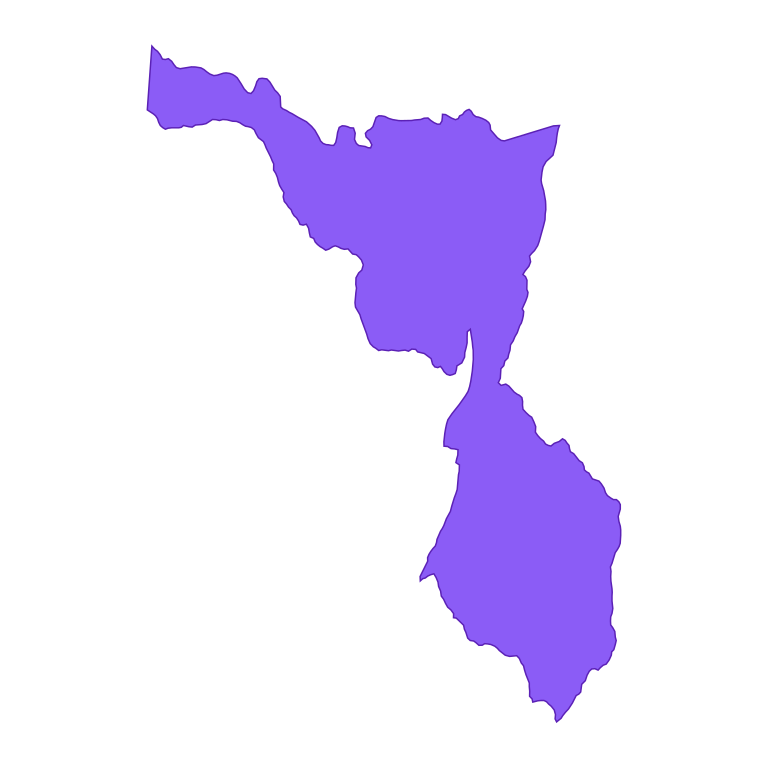 outline of Itacarambi, Minas Gerais, Brazil
{"feature_id": "56859067B37702825751960", "entity_name": "Itacarambi", "entity_type": "district", "adm_level": 2, "iso_a3": "BRA", "parent_name": "Brazil", "parent_adm1": "Minas Gerais", "projection": "equal_earth", "projection_center": [-44.154, -15.206], "detail": "fine", "context": "isolated", "style": "filled", "palette": "violet", "viewbox_px": 768, "rotation_deg": 0, "n_neighbors": 0, "source": "geoboundaries", "source_scale": "gbopen_adm2", "svg_char_len": 6093}
<svg xmlns="http://www.w3.org/2000/svg" viewBox="0 0 768 768"><path d="M147.3,109.9L153.5,114.0L155.6,115.8L157.5,118.6L158.7,122.3L160.3,125.5L162.7,127.6L165.4,129.2L168.1,128.2L171.6,127.8L178.8,127.8L181.3,127.3L183.5,125.5L188.7,126.7L192.2,127.1L195.5,125.0L202.1,124.5L206.1,123.6L212.5,119.5L216.1,119.7L219.4,120.5L222.8,119.5L227.0,119.8L232.5,121.2L236.5,121.4L239.8,122.7L242.6,124.6L245.5,126.2L248.0,126.6L251.3,127.5L254.3,129.8L256.0,133.5L258.4,137.7L263.5,141.6L264.9,144.6L266.2,148.0L270.5,156.6L272.1,160.6L273.7,163.9L273.6,170.0L275.7,173.3L277.4,177.4L278.5,182.0L279.7,185.6L281.7,189.1L283.9,192.5L283.2,196.9L284.3,201.5L286.5,204.0L288.6,207.2L291.1,209.7L292.4,213.0L294.1,215.7L296.5,217.8L298.6,221.0L300.0,224.4L303.1,225.1L306.4,224.2L308.6,228.3L309.4,233.0L310.3,236.9L313.7,238.4L315.2,242.0L317.4,244.4L320.1,246.6L322.7,248.1L325.7,250.2L328.9,249.1L332.7,246.7L335.2,245.8L338.3,246.9L341.0,248.4L344.3,249.3L348.0,248.9L352.6,254.0L356.3,254.7L358.6,256.8L361.4,260.0L363.3,264.9L361.8,270.1L358.7,272.9L356.0,277.8L355.8,284.4L356.5,288.1L355.9,292.6L355.0,302.7L355.5,307.1L359.9,314.7L361.1,318.8L366.7,334.0L368.0,338.6L370.2,343.6L373.3,346.8L375.7,348.2L378.7,350.5L381.7,349.8L388.5,350.7L391.4,350.0L398.5,351.0L401.5,350.5L405.1,350.1L408.5,351.2L411.8,349.1L415.7,349.4L417.6,351.9L424.3,353.5L431.1,358.6L432.6,364.1L434.8,366.9L437.8,367.6L440.4,366.4L442.2,368.6L444.0,371.6L446.8,374.3L449.9,375.3L452.6,374.6L455.2,373.5L456.3,370.0L456.9,365.9L461.8,362.9L464.6,357.1L464.8,352.6L466.2,347.3L467.1,342.9L467.1,337.5L467.3,331.7L470.3,329.2L472.3,342.0L472.7,346.6L473.2,350.2L473.3,359.7L472.3,371.2L470.8,381.1L469.6,386.7L468.1,391.4L465.3,396.0L459.2,404.6L452.0,413.7L447.9,419.7L446.6,423.9L445.6,428.6L444.8,433.4L443.9,441.7L444.0,446.2L447.7,446.5L451.0,448.6L454.5,448.9L458.0,449.7L457.8,455.1L456.7,458.9L455.9,462.6L459.4,464.9L459.2,471.4L458.5,474.6L457.2,489.5L455.9,493.6L454.3,497.8L451.8,506.0L450.4,511.4L446.4,518.7L443.8,525.6L442.3,528.5L440.5,531.3L437.0,539.4L436.5,542.6L435.3,546.0L433.0,548.5L430.8,551.4L429.0,554.3L427.6,557.6L427.7,561.2L420.1,576.5L420.3,580.9L422.7,578.7L425.3,578.0L427.7,576.1L430.5,574.8L433.9,573.8L436.1,577.5L438.0,582.1L438.6,586.5L440.6,591.1L441.3,596.1L443.6,599.2L445.6,603.5L447.7,607.2L450.9,609.9L453.6,613.6L453.5,617.7L456.3,618.1L463.6,625.2L464.4,629.2L465.9,632.4L467.7,638.1L470.2,640.5L473.7,641.0L475.9,642.6L478.9,645.3L482.3,645.2L484.6,643.7L487.5,643.9L490.9,644.5L494.8,646.2L497.4,648.3L499.3,650.5L505.2,655.2L509.6,656.4L516.7,655.7L519.3,658.4L521.3,663.0L523.5,665.7L524.6,670.2L526.0,674.7L529.3,683.0L529.3,686.7L529.7,691.1L529.6,696.3L532.1,699.0L532.8,702.1L537.8,700.8L541.0,700.5L544.0,700.5L546.6,701.8L548.7,704.1L551.2,706.2L554.2,709.9L555.5,714.6L555.1,718.9L556.6,721.9L561.1,718.3L562.7,715.7L565.5,712.2L568.5,709.0L572.4,703.0L576.2,695.5L578.8,694.1L580.7,692.0L581.7,684.3L585.3,680.7L587.1,675.2L589.3,671.2L591.7,669.0L594.9,668.7L598.1,670.1L600.4,667.6L603.2,665.2L606.2,664.1L609.2,659.9L611.3,655.2L611.7,651.8L613.8,649.7L615.3,644.5L616.2,640.5L615.3,637.1L614.8,631.4L612.8,627.8L610.7,624.9L610.5,620.9L610.7,616.8L612.0,613.4L612.8,608.5L612.0,601.0L612.0,595.9L612.2,592.3L612.0,588.8L610.9,581.0L610.7,576.4L611.0,571.4L610.4,566.9L612.0,563.3L615.2,552.7L617.4,549.5L619.1,546.5L620.2,543.3L620.7,535.4L620.7,529.9L620.3,526.2L618.9,521.4L618.2,516.4L620.3,509.1L620.3,504.6L618.8,501.7L616.4,499.6L613.4,499.6L610.7,498.0L607.4,495.6L605.5,492.7L604.0,488.1L601.4,484.0L599.0,481.1L592.4,478.9L588.9,473.1L586.5,471.8L584.4,469.9L584.0,466.5L582.4,462.8L579.1,460.6L573.7,453.7L570.4,451.7L569.5,448.6L569.0,445.4L567.0,443.1L565.2,440.4L562.5,438.8L559.2,441.5L554.3,443.3L551.0,446.0L548.2,445.4L545.5,444.0L543.6,441.1L540.4,438.5L537.7,435.5L535.4,432.2L535.7,426.6L533.8,421.7L531.7,417.2L529.1,415.5L526.0,412.6L523.0,409.3L522.5,405.2L522.6,401.5L521.9,397.6L519.5,395.4L517.1,394.2L514.2,392.1L508.9,386.1L505.8,384.1L501.1,385.4L498.3,382.7L500.3,378.3L500.9,368.7L503.8,365.6L504.8,361.1L507.9,358.0L508.7,354.2L510.0,350.2L510.5,344.9L513.2,340.9L514.9,336.7L517.2,332.8L519.7,325.7L521.3,323.1L522.4,319.7L523.3,315.7L523.7,311.5L522.2,308.8L525.7,301.0L527.4,296.3L528.0,292.4L526.8,289.4L527.0,280.2L525.5,276.7L522.9,274.5L524.9,271.2L528.9,266.2L530.6,261.8L529.5,256.0L531.9,253.2L534.5,250.6L537.7,245.6L539.2,241.4L543.5,225.9L545.0,219.8L545.2,214.1L545.8,209.7L545.7,204.5L545.5,200.9L543.7,190.7L541.6,183.5L541.1,180.0L542.0,172.1L543.1,166.8L546.1,161.5L553.0,155.2L556.2,142.5L556.7,137.4L557.4,132.8L558.3,128.7L559.5,125.5L553.4,125.9L504.4,140.9L501.1,140.4L497.4,137.8L490.6,129.9L490.1,125.1L488.7,122.5L485.8,120.2L482.1,118.4L478.5,117.1L475.9,116.7L473.2,114.6L471.2,111.2L469.1,109.4L466.5,110.4L464.4,112.0L462.6,114.5L459.6,115.9L458.3,118.6L455.5,119.7L451.7,118.2L445.6,114.6L442.5,114.3L442.3,117.8L441.9,121.1L440.0,124.1L437.5,124.2L434.1,122.7L430.7,120.4L428.0,118.0L424.1,118.2L420.6,119.5L414.5,120.0L411.6,120.5L401.2,120.7L398.7,120.6L392.7,119.6L388.7,118.4L384.9,116.5L381.7,115.9L378.7,115.8L376.1,117.5L372.9,126.7L370.5,129.2L367.6,130.7L365.4,133.3L366.1,136.9L369.6,140.4L371.8,144.8L370.6,147.9L368.0,147.7L365.2,146.5L358.7,145.5L356.3,143.4L354.5,139.4L355.2,133.2L353.5,128.0L350.1,127.8L347.7,126.7L345.0,126.0L342.2,125.8L339.2,127.4L337.6,132.4L336.8,137.7L335.7,142.5L333.7,145.4L331.0,145.3L328.6,144.8L326.0,144.6L323.0,143.4L320.6,141.0L319.2,137.9L314.9,130.3L311.6,126.4L306.5,121.8L298.1,117.3L292.1,113.7L289.4,112.4L286.6,110.6L282.7,108.8L280.7,106.9L280.2,96.4L277.6,92.8L274.8,90.1L269.9,82.1L266.9,78.9L262.1,78.3L259.0,78.7L256.9,81.6L255.6,85.8L253.5,90.8L251.0,93.5L247.7,92.7L244.2,89.0L241.0,83.6L237.2,77.8L234.9,75.9L232.6,74.5L229.7,73.4L226.1,72.9L223.4,73.2L217.1,75.2L213.8,75.6L209.8,74.0L206.7,71.8L203.9,69.5L201.0,67.9L195.4,67.0L191.4,66.9L180.1,68.7L176.4,67.6L173.9,64.6L171.7,61.3L168.4,58.7L165.4,59.5L162.4,59.1L160.2,54.8L157.5,51.3L154.8,49.3L151.9,46.1L147.3,109.9Z" fill="#8b5cf6" stroke="#5b21b6" stroke-width="1.5"/></svg>